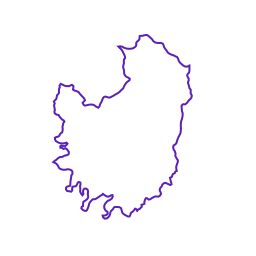 Cordisburgo, Minas Gerais, Brazil (Robinson projection), rotated 146°
{"feature_id": "56859067B649885654800", "entity_name": "Cordisburgo", "entity_type": "district", "adm_level": 2, "iso_a3": "BRA", "parent_name": "Brazil", "parent_adm1": "Minas Gerais", "projection": "robinson", "projection_center": [-44.174, -19.095], "detail": "fine", "context": "isolated", "style": "outline", "palette": "violet", "viewbox_px": 256, "rotation_deg": 146, "n_neighbors": 0, "source": "geoboundaries", "source_scale": "gbopen_adm2", "svg_char_len": 5174}
<svg xmlns="http://www.w3.org/2000/svg" viewBox="0 0 256 256"><g transform="rotate(146 128 128)"><path d="M159.1,202.2L161.2,201.3L161.9,199.8L163.4,198.9L164.4,197.6L165.5,195.8L166.9,195.1L168.6,194.8L170.0,193.3L171.4,192.1L173.3,191.8L174.8,191.2L175.0,189.3L176.6,188.2L177.3,186.7L177.9,185.2L178.5,183.9L179.7,182.9L180.6,181.1L179.8,179.2L178.3,177.6L178.4,175.3L178.1,173.1L177.8,171.5L177.1,170.4L177.1,168.9L178.7,168.4L180.4,166.7L181.7,165.6L182.5,164.0L183.5,162.6L185.0,161.2L186.7,161.3L187.9,160.8L189.4,159.9L191.2,160.0L192.4,160.6L194.0,160.8L195.0,159.0L195.1,157.5L194.5,156.2L193.7,154.6L192.6,153.1L191.0,152.0L190.0,151.2L188.7,150.7L187.1,150.2L187.0,148.8L188.7,148.3L190.5,148.2L191.7,149.3L192.9,150.6L194.4,150.7L195.1,149.5L193.9,148.6L193.2,146.7L191.2,146.2L190.5,144.5L190.4,141.4L191.5,139.7L192.9,139.4L194.3,139.8L195.9,140.5L197.7,140.7L199.3,141.0L200.6,142.0L202.2,142.1L203.7,142.0L205.0,141.7L206.9,141.8L209.0,141.5L208.1,140.0L207.4,138.5L207.2,137.0L207.2,135.2L207.5,133.4L207.0,132.0L205.9,130.4L204.5,129.2L202.8,128.2L200.9,127.5L199.7,126.3L198.6,124.8L198.4,123.2L199.1,121.9L200.1,120.8L201.5,120.4L202.4,119.2L203.5,118.1L204.6,116.9L206.0,115.4L207.0,113.9L208.3,112.5L209.9,113.0L211.3,113.5L212.7,113.2L213.8,111.6L213.6,109.7L212.1,108.4L210.7,107.0L209.2,107.4L208.1,109.1L206.9,110.4L205.5,109.7L203.7,108.9L202.0,109.6L200.4,110.7L198.9,110.8L198.0,109.4L198.9,107.8L200.3,106.6L201.1,105.1L202.1,103.5L203.3,101.9L203.6,99.5L203.4,97.7L201.8,98.3L201.3,99.6L200.6,100.9L199.1,101.9L197.8,102.0L196.6,101.2L196.0,99.4L196.5,97.8L197.5,96.7L198.6,95.1L199.2,93.6L200.1,92.5L202.0,91.8L204.4,91.7L206.3,91.8L207.6,90.3L209.0,88.4L210.6,88.5L211.6,87.4L211.2,85.3L210.4,83.8L209.2,82.7L207.8,82.9L206.7,83.6L205.5,84.4L204.4,85.3L203.2,86.3L202.2,87.2L200.5,87.9L198.9,88.3L197.1,88.6L195.1,87.4L193.7,87.2L192.1,87.2L190.2,87.2L188.3,87.2L187.0,87.1L185.6,87.4L185.0,85.4L183.9,83.2L182.6,82.0L181.4,81.7L179.8,81.7L178.4,81.1L179.1,79.5L181.1,78.5L183.6,78.5L185.1,78.9L186.8,78.7L188.7,78.2L189.9,77.7L191.4,76.6L192.5,74.7L192.7,72.3L191.9,70.0L192.7,68.3L194.4,68.0L196.1,68.4L198.0,69.6L198.6,67.7L197.9,65.8L196.0,64.9L194.4,65.0L192.7,65.5L191.0,66.6L189.8,67.9L188.7,68.6L187.1,68.9L185.6,69.2L184.2,70.0L182.9,69.8L181.6,68.9L180.3,67.9L179.3,67.0L178.6,65.3L179.3,63.3L180.0,61.3L180.0,59.8L179.4,58.2L178.4,56.3L177.5,54.6L176.1,53.8L174.9,54.5L173.8,55.4L172.6,56.1L170.8,56.0L168.8,56.5L167.3,57.2L166.5,56.1L166.7,54.2L164.9,54.7L163.7,54.4L162.4,54.7L160.6,55.0L159.7,56.8L158.1,56.2L156.7,56.0L155.6,57.8L153.7,59.2L152.3,59.8L151.3,58.8L151.0,57.3L149.7,56.5L148.3,56.5L146.9,56.5L145.0,56.3L143.4,55.9L142.3,55.0L141.1,54.0L139.1,54.1L137.4,55.0L136.9,56.5L136.8,58.1L136.1,59.3L134.6,60.3L132.8,60.7L131.1,61.9L129.2,62.1L127.8,61.8L126.7,60.2L125.8,58.7L124.9,57.1L123.4,57.0L122.8,58.2L122.4,59.8L121.7,61.5L121.0,63.3L119.0,62.9L117.8,64.0L116.3,64.8L114.6,64.4L113.1,65.4L111.6,65.1L110.9,66.9L109.9,68.7L108.6,69.9L107.5,70.7L106.4,71.5L105.3,72.4L104.7,73.6L104.7,75.6L104.5,77.9L103.8,79.2L102.8,80.3L102.2,82.4L102.1,84.9L101.3,86.9L100.0,88.0L97.7,88.0L96.1,88.5L94.9,89.7L93.1,91.0L91.5,92.1L90.1,92.8L88.9,93.5L87.6,94.2L86.4,95.5L85.1,97.0L84.1,98.5L83.0,100.3L81.4,102.5L80.0,104.0L78.4,105.2L77.3,106.2L76.1,107.4L75.0,108.8L74.2,110.2L73.9,111.6L72.8,113.6L71.9,115.4L70.9,116.7L69.0,116.9L67.5,115.7L65.7,115.7L63.7,116.3L62.0,116.9L59.9,117.2L58.0,118.0L56.8,119.6L56.7,121.6L55.7,123.1L54.6,124.7L54.8,126.8L54.1,128.3L53.4,130.6L52.8,132.3L51.2,133.4L50.0,135.1L50.0,136.8L49.6,138.5L48.1,139.5L46.5,139.7L44.9,141.3L43.6,143.3L42.2,145.4L44.4,145.7L46.2,146.9L47.3,148.9L47.9,151.2L48.4,153.4L48.3,155.5L47.7,157.4L47.6,159.3L48.5,160.8L49.5,162.6L51.0,164.6L52.1,166.4L52.8,168.3L52.7,170.7L52.9,173.3L52.8,175.0L52.3,176.4L52.0,178.4L53.1,180.1L54.4,180.9L55.5,181.6L56.7,182.7L57.8,184.0L58.4,185.8L58.5,188.8L59.1,190.9L59.5,192.7L60.3,194.6L61.7,195.3L62.9,195.9L64.7,196.4L65.7,197.2L66.9,197.7L67.9,196.5L69.0,195.1L70.8,194.6L72.4,194.6L73.8,193.8L74.6,192.3L75.8,191.4L77.1,191.2L78.3,191.2L80.0,191.5L81.7,192.4L83.2,193.3L84.5,194.4L85.6,195.7L86.6,197.2L87.4,198.7L88.7,200.0L90.4,200.9L90.1,199.1L89.6,197.2L89.6,194.7L89.9,192.9L90.0,191.2L90.5,189.2L91.2,187.7L92.9,187.1L94.3,185.5L95.1,184.0L96.8,182.6L98.0,181.2L98.7,179.4L99.0,178.0L99.9,176.6L100.8,175.2L101.1,173.5L100.8,171.5L99.6,169.5L99.0,167.8L100.0,166.8L101.4,166.7L102.9,166.7L104.2,166.4L105.4,166.0L106.6,165.5L108.3,164.5L109.9,163.5L111.4,163.3L113.3,163.0L115.0,162.6L117.0,162.6L119.6,162.8L120.9,162.9L122.6,162.9L124.2,163.2L126.2,163.4L127.2,164.3L128.1,165.4L129.0,166.5L130.1,167.1L131.8,166.9L133.8,165.6L135.3,164.5L136.5,164.0L138.0,163.2L139.5,161.9L141.2,161.4L142.4,163.3L143.1,165.5L144.1,167.0L145.7,168.3L147.3,169.1L148.5,169.6L150.1,170.1L151.3,170.8L151.8,172.2L151.6,174.2L150.0,174.6L148.2,175.0L147.8,176.9L148.1,178.6L148.5,181.1L148.8,183.4L148.9,185.5L150.1,187.4L151.4,189.0L152.2,190.7L150.9,191.8L149.8,193.4L150.4,195.2L152.2,195.5L153.5,195.6L155.0,196.8L156.3,197.7L157.1,198.9L157.9,200.3L159.1,202.2Z" fill="none" stroke="#5b21b6" stroke-width="2"/></g></svg>